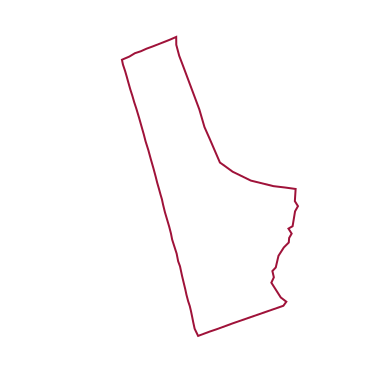 outline of Capão da Canoa, Rio Grande do Sul, Brazil, rotated 139°
{"feature_id": "56859067B90274299514744", "entity_name": "Capão da Canoa", "entity_type": "district", "adm_level": 2, "iso_a3": "BRA", "parent_name": "Brazil", "parent_adm1": "Rio Grande do Sul", "projection": "robinson", "projection_center": [-49.997, -29.689], "detail": "fine", "context": "isolated", "style": "outline", "palette": "rose", "viewbox_px": 384, "rotation_deg": 139, "n_neighbors": 0, "source": "geoboundaries", "source_scale": "gbopen_adm2", "svg_char_len": 1142}
<svg xmlns="http://www.w3.org/2000/svg" viewBox="0 0 384 384"><g transform="rotate(139 192 192)"><path d="M281.8,79.4L270.1,75.0L263.8,72.4L247.3,66.1L197.7,46.2L192.8,47.3L194.2,54.2L191.6,71.5L186.2,73.9L183.2,79.6L178.3,80.1L168.6,87.1L159.1,89.9L152.1,90.4L148.8,93.6L144.1,95.2L143.2,101.1L138.5,100.2L126.9,109.8L121.3,111.8L120.4,117.6L111.8,126.3L118.7,134.2L126.7,143.0L140.1,162.0L148.0,180.6L150.2,190.2L151.6,195.9L143.9,220.1L140.0,232.8L132.3,249.5L116.0,293.1L112.3,303.2L107.3,313.4L102.2,319.4L108.6,321.4L126.3,327.7L132.3,330.0L138.3,331.8L144.0,334.2L150.4,335.3L158.1,337.8L160.5,333.5L163.2,327.0L165.8,321.4L168.2,316.4L171.3,309.8L174.0,303.5L176.7,297.7L179.3,291.5L183.5,282.2L186.8,275.2L190.5,267.3L193.8,260.7L197.5,252.2L201.5,243.9L205.6,235.1L209.3,227.5L212.1,222.0L214.9,216.0L217.4,210.8L219.5,206.2L222.1,201.5L225.7,194.5L229.3,186.6L231.9,180.9L235.1,174.5L238.2,169.1L240.7,163.3L244.0,155.6L247.9,148.8L249.8,143.8L254.5,135.3L258.2,128.2L261.0,122.8L263.6,118.1L266.6,112.0L268.5,107.4L270.8,103.0L273.6,98.0L276.4,93.1L279.7,87.1L281.8,79.4Z" fill="none" stroke="#9f1239" stroke-width="2"/></g></svg>